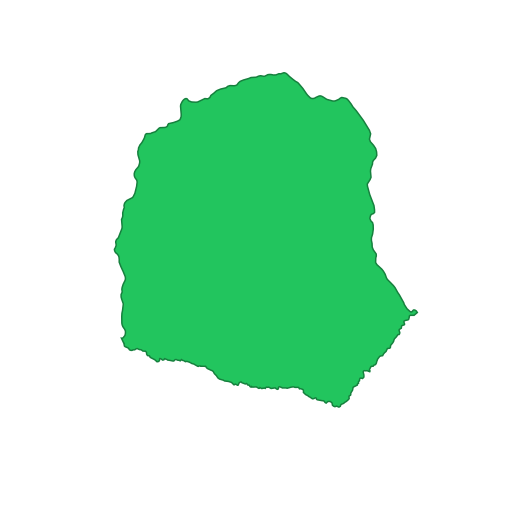 Los Santos, Santander, Colombia (Natural Earth projection), rotated 153°
{"feature_id": "7082276B92176503195473", "entity_name": "Los Santos", "entity_type": "district", "adm_level": 2, "iso_a3": "COL", "parent_name": "Colombia", "parent_adm1": "Santander", "projection": "natural_earth1", "projection_center": [-73.071, 6.818], "detail": "fine", "context": "isolated", "style": "filled", "palette": "green", "viewbox_px": 512, "rotation_deg": 153, "n_neighbors": 0, "source": "geoboundaries", "source_scale": "gbopen_adm2", "svg_char_len": 6112}
<svg xmlns="http://www.w3.org/2000/svg" viewBox="0 0 512 512"><g transform="rotate(153 256 256)"><path d="M413.2,243.9L413.4,238.6L413.2,238.1L413.4,238.0L414.1,235.5L413.7,234.5L412.3,232.9L411.5,231.7L411.3,229.8L410.3,228.7L409.4,228.2L408.2,228.2L406.6,227.5L404.9,227.7L403.9,227.5L402.4,225.6L400.8,224.5L400.0,222.7L397.7,221.3L397.3,219.9L398.0,218.2L397.9,216.7L397.5,216.2L396.4,215.6L396.2,214.7L396.3,213.7L393.6,210.0L392.9,208.7L392.4,206.9L391.5,206.4L390.4,206.2L389.2,207.0L388.5,208.2L388.1,208.3L387.1,207.1L386.5,205.7L385.3,205.3L384.8,205.5L384.3,206.0L383.8,206.0L383.2,205.0L382.3,204.2L381.9,203.3L380.9,202.7L377.5,200.0L376.7,199.8L375.6,200.3L374.9,200.3L374.1,200.0L373.3,198.9L371.4,197.6L371.2,197.0L370.4,197.1L369.5,197.6L368.6,196.1L367.8,195.5L366.9,193.9L365.9,193.7L365.1,193.2L363.4,191.5L361.8,189.1L360.7,188.3L358.0,184.2L357.4,183.8L356.9,183.9L355.7,183.5L355.5,183.0L351.0,180.6L350.8,179.0L350.4,177.8L347.6,174.2L347.0,173.7L346.5,172.3L346.5,170.1L345.6,167.4L345.3,164.7L344.7,163.5L344.3,162.8L341.5,160.2L340.7,158.9L337.6,156.8L335.6,154.9L335.2,154.4L334.2,151.3L333.7,151.1L332.7,151.3L332.4,151.1L331.1,149.2L330.8,149.1L330.4,149.1L329.1,150.3L328.5,150.6L327.3,150.8L326.4,150.5L326.1,149.5L323.6,146.8L322.5,146.8L322.2,146.6L322.0,145.0L321.6,144.5L320.9,144.2L320.6,143.8L320.6,142.4L320.1,141.6L319.6,141.3L319.2,141.7L318.5,140.7L315.1,139.2L313.7,136.9L313.4,136.7L312.9,136.6L312.2,137.0L311.2,135.4L310.6,135.1L309.8,135.1L309.1,134.6L308.4,134.5L307.8,133.8L306.8,134.4L306.2,134.4L305.2,133.7L304.2,133.4L302.7,131.1L298.8,129.8L298.1,128.2L297.3,127.4L296.7,127.4L296.3,127.6L295.5,128.8L294.5,128.9L293.9,128.4L292.3,126.4L289.3,124.9L288.2,124.0L284.3,123.2L282.5,122.6L281.7,122.2L281.0,121.3L278.0,119.8L277.7,119.4L277.6,117.9L276.3,117.4L274.8,115.7L274.7,115.2L275.1,113.9L275.7,112.9L274.7,110.0L273.2,108.0L272.9,107.0L272.1,106.0L270.6,103.2L269.5,102.7L267.7,102.7L267.1,102.4L266.9,101.8L267.1,100.8L266.7,100.1L262.7,97.0L261.7,96.5L261.3,95.9L260.9,94.0L260.3,93.1L258.2,93.7L257.0,93.3L255.8,92.5L255.0,90.7L255.2,89.5L255.6,88.7L255.6,88.2L255.0,86.9L254.1,85.9L252.4,85.7L250.7,83.7L249.1,83.8L248.3,84.7L247.3,85.1L244.8,84.9L243.4,85.3L241.5,85.4L238.5,86.2L237.7,86.7L237.1,88.3L236.5,89.0L235.2,89.0L234.7,89.2L233.8,90.8L230.9,92.6L229.1,94.9L228.6,95.0L224.3,95.0L223.6,96.0L222.4,96.1L222.0,97.2L221.5,97.6L220.5,97.8L219.5,99.3L218.8,99.8L217.9,99.6L216.8,98.5L215.5,98.8L214.8,99.2L213.9,101.0L213.3,103.4L213.1,104.1L212.4,104.7L211.4,104.6L210.4,103.9L209.1,103.4L207.6,101.7L207.2,101.3L206.6,101.8L206.7,102.8L206.2,103.5L204.0,105.1L203.3,105.3L201.6,104.6L200.5,105.2L198.8,105.0L197.4,105.9L196.4,107.1L194.3,109.0L191.3,110.4L190.3,110.3L188.4,109.7L186.7,110.9L185.2,111.5L183.5,111.9L181.1,113.8L180.8,113.9L178.9,113.2L178.3,113.2L177.7,113.6L176.7,115.2L173.5,116.6L172.0,117.6L171.2,118.6L170.3,119.3L167.5,120.3L165.7,121.3L165.2,121.5L164.1,121.1L163.3,121.6L162.6,122.6L162.3,124.7L161.7,125.5L159.3,125.7L158.1,127.5L157.7,127.7L155.0,127.4L154.5,127.9L154.2,130.1L153.5,130.8L152.4,130.8L149.6,130.1L148.8,130.2L147.5,131.6L146.6,132.9L146.1,133.1L145.2,133.0L142.1,131.4L137.9,132.4L138.1,134.2L138.9,135.6L139.8,136.3L140.6,136.3L142.5,135.5L143.5,135.9L144.0,136.7L145.4,140.4L145.8,144.3L145.9,145.6L145.6,147.1L145.9,156.0L146.3,159.2L146.5,164.7L147.0,167.3L149.6,175.5L149.7,177.4L149.2,181.1L149.4,184.7L149.9,187.2L152.2,193.4L152.4,195.9L150.1,200.0L148.8,201.4L148.0,203.2L148.7,208.3L148.4,211.2L146.9,214.5L146.1,217.5L144.9,219.8L142.1,222.7L139.3,226.7L137.5,230.5L137.0,232.9L137.7,235.0L137.5,237.9L135.3,240.3L133.8,240.7L132.0,240.5L130.5,241.1L129.4,243.4L128.0,247.4L126.8,259.0L125.0,267.6L124.2,269.6L119.8,272.2L117.8,273.9L115.5,279.6L114.2,281.6L110.5,285.0L109.3,287.0L107.7,288.0L105.1,288.9L102.7,290.8L101.3,294.0L100.6,297.4L101.0,301.2L102.2,305.8L101.9,308.6L98.4,312.8L97.9,316.5L98.8,328.1L100.7,339.7L102.0,345.0L102.2,348.0L103.0,352.6L103.7,354.8L104.4,355.7L107.6,358.3L109.1,358.4L111.1,358.0L114.8,358.2L116.1,358.6L117.3,359.3L121.8,363.4L124.2,367.5L125.0,368.6L125.9,369.4L127.0,369.9L130.3,370.1L132.3,370.0L133.9,370.5L135.2,371.4L135.9,372.4L137.0,375.7L137.4,377.7L138.2,384.0L139.8,390.8L140.2,391.8L141.4,393.5L142.9,396.6L144.8,401.0L145.7,403.8L146.4,405.2L147.3,406.2L148.3,406.7L151.3,407.1L152.8,408.0L156.0,408.3L158.2,409.3L160.2,410.9L162.0,411.8L163.1,412.2L166.4,412.2L167.4,412.5L170.0,414.5L170.9,414.8L172.2,415.1L174.6,415.2L179.4,417.3L182.1,417.5L187.2,418.5L190.7,418.8L192.8,418.3L195.3,417.1L196.4,417.1L198.2,417.6L201.7,419.6L202.7,419.8L204.1,420.0L206.4,419.5L211.7,420.8L215.1,421.1L216.3,421.1L219.7,420.2L223.2,419.6L225.3,418.1L227.6,417.9L230.1,419.5L238.1,419.7L239.7,420.3L243.5,422.5L245.5,424.8L246.1,427.4L246.9,428.1L248.4,428.3L250.2,427.8L251.6,427.1L254.2,425.2L255.2,423.8L258.3,416.2L259.4,414.2L261.3,412.4L262.0,411.9L264.8,411.8L269.1,412.4L273.8,413.6L275.2,412.8L276.0,411.9L276.9,411.7L278.1,411.7L279.3,412.1L283.2,413.9L284.3,413.9L289.1,412.4L292.9,413.0L294.4,413.0L298.2,414.8L299.7,414.2L301.7,412.0L303.3,410.8L306.1,408.9L308.9,407.7L310.7,406.3L311.6,405.6L312.6,404.0L313.9,402.7L315.2,399.8L316.4,393.7L317.0,392.4L317.9,391.2L319.9,389.1L324.1,387.3L325.8,386.1L327.0,384.8L327.8,383.3L328.2,381.8L328.2,380.3L327.8,377.7L328.3,375.9L330.8,372.2L335.5,366.8L338.5,364.6L339.6,364.1L345.8,364.1L348.4,363.1L349.5,362.3L350.7,360.9L351.4,358.9L352.9,357.6L355.2,354.9L356.5,352.2L357.4,351.1L359.2,349.6L361.9,343.0L362.8,341.5L370.3,334.8L372.9,333.9L374.3,332.7L374.9,331.6L375.2,330.3L375.9,328.8L377.9,327.0L379.1,326.3L379.6,324.8L379.6,322.7L378.9,321.3L378.4,318.9L378.6,317.2L379.4,315.1L380.7,312.6L381.2,307.9L381.4,302.4L381.9,296.8L382.7,294.9L383.6,293.8L387.2,291.1L389.5,288.8L390.6,287.3L391.6,284.6L393.7,282.9L394.8,280.7L395.3,278.3L395.9,273.9L396.4,272.9L399.7,268.0L401.4,265.9L403.1,263.0L406.0,257.1L406.5,255.5L406.7,253.5L406.3,250.3L406.4,248.5L407.3,246.6L408.8,244.7L411.2,243.6L412.4,243.4L413.2,243.9Z" fill="#22c55e" stroke="#15803d" stroke-width="1.5"/></g></svg>